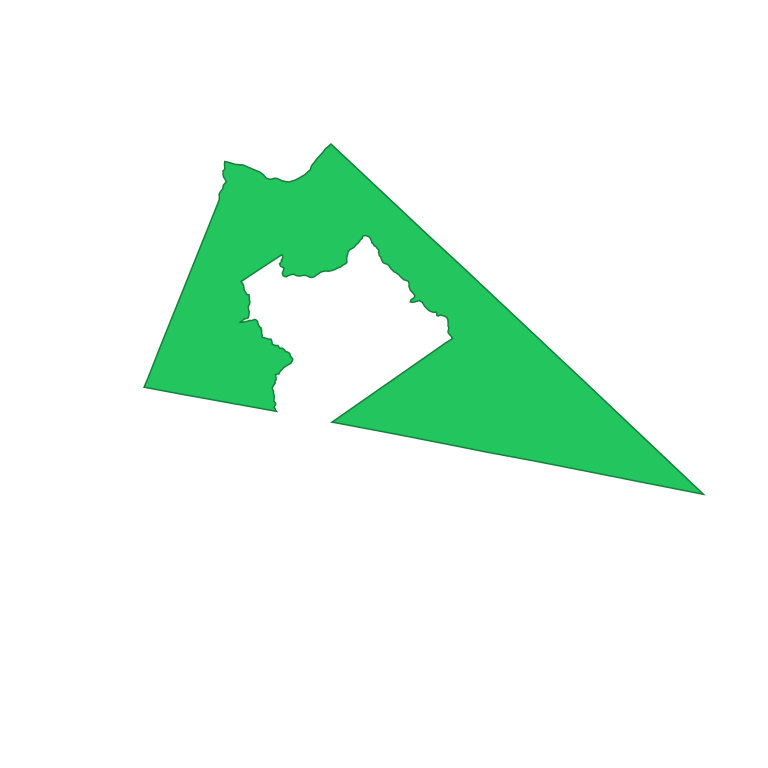 the district of Xinguara, Pará, Brazil, rotated 235°
{"feature_id": "56859067B29477018640245", "entity_name": "Xinguara", "entity_type": "district", "adm_level": 2, "iso_a3": "BRA", "parent_name": "Brazil", "parent_adm1": "Pará", "projection": "natural_earth1", "projection_center": [-49.485, -6.849], "detail": "fine", "context": "isolated", "style": "filled", "palette": "green", "viewbox_px": 768, "rotation_deg": 235, "n_neighbors": 0, "source": "geoboundaries", "source_scale": "gbopen_adm2", "svg_char_len": 3459}
<svg xmlns="http://www.w3.org/2000/svg" viewBox="0 0 768 768"><g transform="rotate(235 384 384)"><path d="M110.4,582.4L184.9,567.2L187.7,566.6L274.8,548.8L277.6,548.2L313.3,540.7L340.8,535.0L417.5,519.0L431.1,516.2L444.1,513.4L481.1,505.3L572.3,486.3L611.0,478.2L610.7,476.4L610.3,471.1L609.1,467.7L607.0,458.5L604.3,449.8L601.7,446.3L600.9,439.3L601.4,432.7L602.0,427.9L604.2,421.6L608.9,417.1L611.5,415.6L613.2,414.7L615.0,413.0L616.9,408.1L620.1,405.6L624.9,405.2L629.2,403.6L633.8,400.6L644.1,394.3L649.3,388.1L655.0,383.6L657.6,381.2L655.6,379.4L651.7,377.1L651.0,375.9L650.9,374.4L649.7,373.7L648.0,372.3L645.5,371.3L643.3,371.3L640.1,370.8L639.0,366.3L636.4,363.9L635.7,361.2L634.0,357.7L631.8,356.5L629.3,354.6L596.6,304.5L576.1,273.1L543.8,223.5L524.4,194.3L519.0,185.6L491.1,212.9L423.3,280.2L424.8,280.2L426.2,280.6L428.1,280.7L429.5,283.6L430.8,284.3L433.2,283.9L436.7,287.0L440.1,288.3L441.4,289.3L444.0,289.7L445.2,290.6L446.5,293.5L447.2,295.6L448.7,296.0L449.5,298.2L451.6,299.5L453.9,300.6L453.5,302.1L452.5,303.6L453.8,306.0L455.0,311.8L454.7,316.3L454.4,319.5L454.9,320.9L456.1,323.0L457.3,323.7L459.0,323.4L460.8,323.4L463.1,324.3L465.3,323.5L466.6,322.2L467.8,321.9L469.2,322.1L471.3,321.4L472.3,320.5L473.1,319.1L476.5,319.2L477.5,317.6L478.5,316.6L480.8,315.4L483.4,316.7L485.6,317.1L487.0,315.2L492.3,311.0L493.9,312.2L495.6,312.8L497.5,314.1L500.6,315.5L502.5,314.9L503.8,315.0L506.1,315.5L507.6,316.3L509.7,316.0L511.0,315.3L511.8,312.2L512.9,310.7L513.9,307.8L516.1,302.7L517.1,301.7L517.1,304.1L517.3,306.5L516.1,310.8L518.0,313.0L519.3,313.8L520.4,315.2L522.0,315.4L525.3,317.2L526.7,319.9L528.4,321.4L530.0,321.9L531.3,322.7L534.4,324.6L536.0,323.0L538.3,323.3L540.7,323.3L542.0,323.7L544.1,325.0L545.9,325.6L548.0,325.8L549.9,325.6L549.3,349.2L548.5,374.3L547.0,374.4L545.4,373.4L544.7,372.2L544.4,370.8L543.1,370.5L542.3,367.3L539.7,366.9L537.9,367.8L536.1,368.5L533.9,365.4L533.0,364.2L530.6,363.5L529.1,364.2L528.1,365.2L527.3,369.4L526.4,371.9L525.7,373.0L522.9,374.5L521.7,375.8L520.4,377.6L519.2,380.4L518.1,381.8L516.6,383.1L514.1,384.5L512.7,385.9L512.0,387.9L511.8,389.8L512.1,391.4L511.8,393.2L511.9,396.1L511.3,398.3L510.0,401.2L508.2,403.2L506.9,406.2L505.8,409.8L505.7,412.1L504.7,415.9L505.0,418.5L504.6,420.5L504.6,422.4L505.2,423.6L506.7,424.4L508.4,425.5L512.8,430.4L513.7,433.3L513.1,437.5L513.9,440.4L514.3,443.5L514.9,445.8L515.6,447.4L515.7,449.8L517.4,451.4L516.2,454.1L514.7,455.2L512.7,456.4L510.2,456.1L508.4,455.8L506.8,455.1L504.3,455.5L502.8,455.3L501.4,456.2L499.1,456.2L496.6,456.5L494.9,455.1L492.5,454.0L490.8,453.8L489.6,454.1L487.9,453.4L484.2,452.9L482.8,453.4L480.6,455.1L478.6,455.9L476.8,455.8L474.7,455.8L470.0,456.6L469.0,457.4L466.8,458.1L464.7,459.0L463.0,458.9L461.3,459.2L459.6,459.8L458.3,459.9L454.5,462.7L452.4,462.5L449.5,460.4L447.1,459.7L445.1,459.4L442.8,459.8L439.9,460.1L438.4,459.8L437.3,457.6L437.7,454.9L436.2,452.6L434.2,454.8L433.4,456.9L432.1,460.8L428.8,462.2L424.4,461.9L419.2,462.7L417.3,463.5L414.2,465.7L413.2,467.9L411.8,467.8L409.8,466.6L408.5,467.6L408.2,469.9L406.7,471.0L405.4,472.1L404.0,472.8L402.9,473.5L401.4,473.4L399.8,473.1L396.2,470.9L395.0,469.8L393.0,469.5L391.4,467.8L390.2,466.5L388.7,465.9L384.4,466.4L382.0,466.2L382.3,458.3L382.3,448.5L382.3,444.9L382.6,319.5L358.4,343.2L332.9,368.0L290.8,408.5L275.0,423.6L269.4,428.9L239.5,458.3L221.0,476.2L164.5,530.4L158.1,536.5L110.4,582.4Z" fill="#22c55e" stroke="#15803d" stroke-width="1.5"/></g></svg>